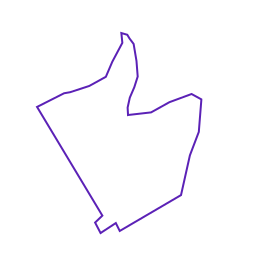 outline of Yeonsu-gu, South Korea, rotated 329°
{"feature_id": "91817680B14745943099772", "entity_name": "Yeonsu-gu", "entity_type": "district", "adm_level": 2, "iso_a3": "KOR", "parent_name": "South Korea", "parent_adm1": "", "projection": "equal_earth", "projection_center": [126.672, 37.385], "detail": "fine", "context": "isolated", "style": "outline", "palette": "violet", "viewbox_px": 256, "rotation_deg": 329, "n_neighbors": 0, "source": "geoboundaries", "source_scale": "gbopen_adm2", "svg_char_len": 548}
<svg xmlns="http://www.w3.org/2000/svg" viewBox="0 0 256 256"><g transform="rotate(329 128 128)"><path d="M91.1,65.3L60.9,63.1L60.9,189.9L51.1,192.1L50.4,203.9L68.6,203.2L67.9,212.0L138.9,212.8L167.0,183.3L186.7,167.8L205.4,141.6L205.6,141.2L200.0,131.6L176.8,127.2L155.8,126.5L135.0,117.0L134.7,116.9L138.2,110.3L145.2,102.9L154.4,96.3L162.8,88.9L169.8,74.9L176.1,58.9L176.1,58.7L175.4,52.1L175.4,48.4L175.4,47.7L171.2,43.2L167.0,52.1L148.7,63.1L135.4,72.7L116.4,72.0L96.8,67.5L91.1,65.3Z" fill="none" stroke="#5b21b6" stroke-width="2"/></g></svg>